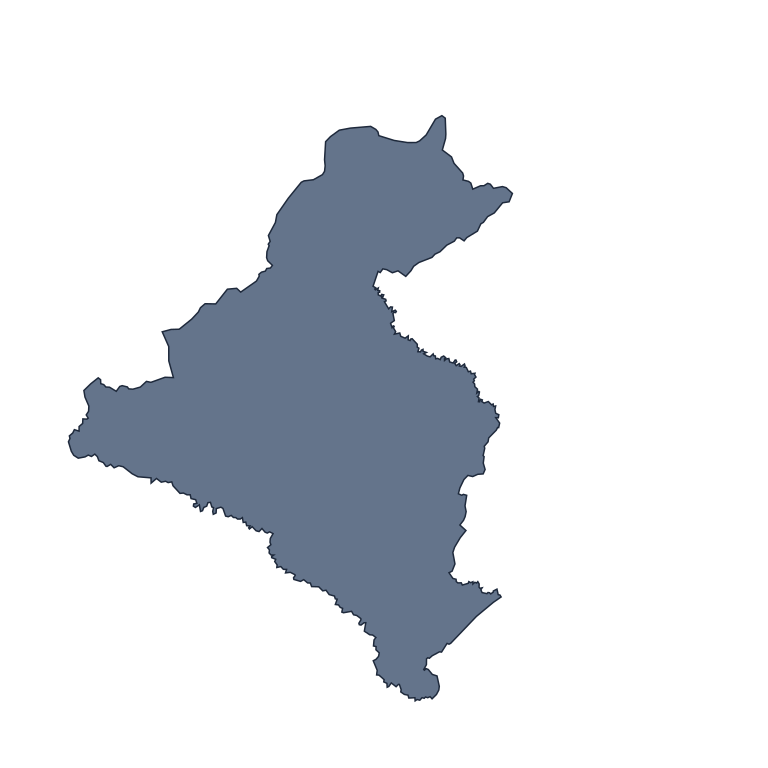 Nong Khayang, Uthai Thani, Thailand, rotated 38°
{"feature_id": "78962969B47867684933269", "entity_name": "Nong Khayang", "entity_type": "district", "adm_level": 2, "iso_a3": "THA", "parent_name": "Thailand", "parent_adm1": "Uthai Thani", "projection": "natural_earth1", "projection_center": [99.965, 15.364], "detail": "fine", "context": "isolated", "style": "filled", "palette": "slate", "viewbox_px": 768, "rotation_deg": 38, "n_neighbors": 0, "source": "geoboundaries", "source_scale": "gbopen_adm2", "svg_char_len": 6170}
<svg xmlns="http://www.w3.org/2000/svg" viewBox="0 0 768 768"><g transform="rotate(38 384 384)"><path d="M367.9,154.8L359.4,154.1L355.8,155.5L349.8,162.4L344.8,161.1L342.2,162.0L340.7,166.2L338.0,168.4L334.0,175.8L328.7,172.2L325.8,172.3L320.6,174.6L318.6,171.1L316.1,169.3L303.3,167.0L297.4,163.5L285.9,163.7L281.4,152.7L278.9,149.0L268.6,136.8L264.4,136.9L261.5,143.6L263.9,161.8L262.4,170.5L260.7,173.9L254.0,179.2L242.1,185.8L227.0,191.5L224.1,189.1L220.8,188.4L214.9,189.2L200.0,203.0L192.5,211.5L189.5,222.0L188.8,229.0L199.1,243.9L203.3,248.3L206.2,253.0L206.6,256.9L202.6,266.5L195.9,273.2L194.6,276.0L194.2,296.4L195.3,316.5L199.0,323.6L201.5,338.2L206.5,341.7L206.7,345.1L208.3,345.7L210.3,351.8L213.7,356.7L216.5,358.5L223.0,359.2L223.1,362.5L220.5,365.2L221.0,368.1L218.6,371.3L217.9,374.6L219.3,375.9L220.1,381.4L214.5,399.8L209.0,399.3L202.2,405.7L202.1,424.5L193.6,430.9L192.4,436.9L193.4,441.6L192.5,451.4L188.9,466.9L182.6,472.1L177.1,479.4L191.3,487.0L200.2,498.3L214.1,508.6L207.3,513.5L199.3,526.2L195.2,528.2L193.9,536.4L189.3,542.7L185.8,545.0L183.6,544.3L178.7,546.5L177.3,548.6L177.5,554.6L169.7,555.5L166.7,557.6L163.5,557.0L160.6,558.1L158.0,555.1L155.0,555.1L152.8,564.3L151.5,573.9L156.4,578.4L165.0,583.1L168.0,587.4L168.4,591.7L171.9,593.0L171.5,594.6L168.2,596.9L170.8,600.6L169.9,605.2L172.7,608.9L168.1,610.6L168.9,614.2L168.0,618.6L170.1,620.3L170.9,623.8L179.0,629.5L183.4,631.2L188.7,630.7L193.3,625.5L194.7,622.1L198.1,621.2L199.3,617.3L202.8,617.7L206.6,620.0L211.2,618.7L215.6,620.0L216.6,619.4L218.1,615.6L222.9,616.2L225.3,611.7L229.4,609.8L240.8,609.8L247.2,608.6L258.2,601.4L261.5,605.5L262.9,598.5L268.9,598.5L271.8,595.1L274.6,594.6L277.0,591.8L280.4,594.1L290.6,595.8L293.1,593.4L297.0,592.6L299.5,590.6L302.5,593.1L306.8,591.1L310.0,593.2L307.9,595.7L309.0,597.6L311.4,597.4L312.9,592.9L317.9,597.4L319.0,595.6L318.0,592.2L319.5,589.4L318.3,585.9L320.1,584.1L324.0,586.9L325.8,586.4L327.5,589.9L329.7,591.8L331.1,589.0L328.6,585.4L331.3,581.5L333.7,581.2L340.5,585.6L343.0,584.5L344.5,581.6L347.5,581.9L349.5,580.5L351.7,580.6L353.9,578.9L354.7,576.5L358.3,579.8L360.1,577.9L363.0,580.2L365.8,578.3L365.9,580.7L367.2,581.1L368.0,577.6L373.6,578.4L376.4,577.2L376.8,573.0L381.5,574.0L383.8,573.3L384.9,570.9L388.7,570.2L389.5,575.7L391.6,578.9L393.8,580.3L392.9,584.6L395.8,585.2L397.5,587.9L400.2,588.3L402.4,586.7L401.7,589.2L402.4,590.0L406.6,588.8L407.2,591.2L411.1,592.3L412.5,594.6L415.1,591.4L418.8,592.0L421.4,590.1L422.7,593.5L426.1,590.1L431.2,589.1L431.9,589.5L432.0,592.4L433.3,593.5L439.8,590.9L441.2,587.6L446.2,587.8L448.5,586.2L451.7,588.2L457.4,584.0L463.1,584.7L465.3,582.2L470.4,583.7L475.5,581.6L477.9,583.3L479.6,582.4L481.4,587.7L484.2,586.1L487.0,587.0L489.5,586.3L491.2,589.7L492.9,589.2L498.4,583.1L502.1,584.6L505.0,583.2L510.1,583.1L511.0,584.0L511.5,588.0L512.7,588.9L514.3,588.1L515.3,584.4L516.6,583.3L520.7,590.9L527.1,590.4L529.6,588.8L533.7,588.8L533.7,591.8L537.0,596.9L539.4,595.8L541.3,598.4L545.8,598.8L547.4,602.0L547.2,605.9L545.9,608.7L554.9,613.8L557.3,617.8L559.3,616.5L566.1,616.9L567.2,618.9L570.6,618.1L573.2,621.0L574.0,619.4L573.8,615.1L579.9,615.1L580.3,611.8L581.1,611.3L585.7,614.3L586.8,616.3L591.1,616.1L594.5,614.4L596.9,616.2L601.5,612.2L603.6,614.5L604.3,612.3L606.9,611.1L607.1,607.7L609.2,606.9L609.4,605.1L611.6,604.3L612.8,602.0L615.7,602.5L616.5,596.4L615.6,591.4L613.7,588.2L605.5,581.4L600.9,583.1L594.6,581.7L592.3,582.4L592.1,584.6L591.1,584.6L590.2,579.0L586.7,574.4L587.0,572.8L588.6,572.2L589.3,568.4L592.6,560.9L594.4,559.8L593.4,549.6L595.4,549.0L596.2,547.3L599.9,510.3L604.6,488.7L607.4,479.7L605.3,478.9L603.7,479.7L599.3,476.1L597.6,479.8L598.2,480.8L597.3,483.7L595.7,483.5L594.3,484.3L594.2,485.8L589.7,488.0L587.0,486.5L586.8,484.2L585.4,485.9L584.0,485.6L582.1,483.0L579.6,482.0L579.5,483.8L577.7,484.3L577.2,486.9L575.8,485.1L574.6,487.2L572.5,487.5L573.1,489.2L569.5,494.2L567.3,493.1L564.6,495.3L562.6,495.2L561.0,493.5L558.0,494.8L551.4,492.7L552.9,489.6L550.7,482.1L542.0,474.4L540.1,469.1L538.7,458.1L538.8,449.0L530.6,448.4L530.6,442.5L529.6,438.6L527.3,434.0L522.9,430.2L517.7,420.8L514.5,422.1L513.8,423.8L510.2,424.7L507.8,419.2L505.8,410.1L506.4,404.4L510.9,402.3L513.5,397.4L517.5,393.8L516.3,389.1L510.9,385.2L507.6,379.6L506.2,379.4L503.0,372.7L501.3,371.3L501.6,365.5L499.7,362.0L500.9,351.3L500.3,348.3L501.2,347.8L499.2,343.6L492.8,341.7L494.9,340.2L493.4,337.5L490.1,338.3L487.2,335.9L485.5,332.6L484.1,334.3L482.3,332.6L481.6,334.2L477.0,333.6L474.6,337.4L471.9,337.6L471.3,336.0L469.5,336.6L470.3,339.2L469.3,339.8L467.6,336.5L465.3,336.4L465.8,334.9L464.1,331.5L463.2,331.5L462.7,334.0L460.8,330.5L457.2,330.2L455.4,328.2L453.0,327.7L453.2,325.8L451.7,325.0L452.2,321.9L449.6,320.9L449.1,319.5L446.4,322.2L444.2,320.6L442.9,322.4L438.7,320.3L436.9,321.3L436.8,319.9L435.1,318.7L433.9,322.7L432.4,323.4L432.1,322.1L430.7,321.6L429.6,325.1L427.1,324.2L427.6,321.7L425.9,320.8L425.3,321.3L425.5,324.9L422.2,326.2L419.4,324.0L417.7,325.8L417.2,328.2L416.1,326.9L416.3,325.3L413.8,325.2L412.6,327.7L413.3,330.2L410.5,330.8L409.2,332.3L407.2,330.3L405.8,331.1L404.2,330.0L403.6,334.2L401.1,335.3L396.7,335.8L398.0,333.0L394.7,334.2L393.4,332.7L392.6,334.3L393.0,336.2L390.8,337.7L389.5,334.3L387.5,334.5L385.8,332.2L378.3,331.0L377.4,332.1L377.8,333.7L375.8,334.3L373.5,331.1L372.4,334.9L367.8,336.1L365.0,334.1L361.5,338.3L361.0,335.6L357.0,334.0L356.5,332.3L355.5,332.5L355.6,334.6L351.8,332.1L353.1,327.7L347.6,322.9L347.7,321.5L349.2,320.6L349.0,319.2L347.4,318.9L345.6,322.3L343.3,318.2L341.7,319.2L341.4,321.9L333.7,318.9L334.5,317.2L333.2,316.2L329.4,317.6L328.0,316.5L329.5,316.1L328.9,313.9L327.0,314.8L327.2,316.7L324.6,317.3L323.1,315.5L324.1,314.4L323.2,313.1L321.4,314.1L320.4,311.9L319.2,315.1L318.3,314.9L318.3,313.3L315.2,313.7L310.0,298.9L312.4,298.5L312.2,294.0L315.8,292.2L322.1,291.2L325.4,286.2L334.9,285.8L335.5,278.1L334.9,273.0L336.7,266.8L343.9,254.6L344.2,250.4L346.7,245.3L348.0,235.9L351.5,228.1L351.3,224.1L353.5,222.3L359.0,221.9L359.1,217.6L363.5,206.0L361.7,198.2L362.8,195.4L362.6,188.3L365.6,181.3L365.9,168.2L370.4,163.4L367.9,154.8Z" fill="#64748b" stroke="#1e293b" stroke-width="1.5"/></g></svg>